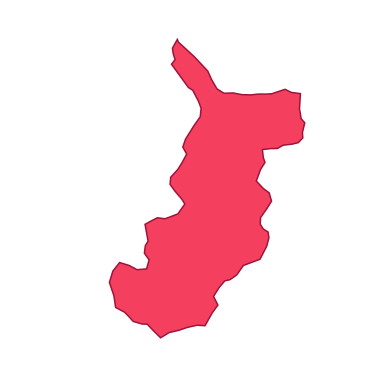 Cheongdo-gun, North Gyeongsang, South Korea (Mercator projection), rotated 302°
{"feature_id": "91817680B59018342058044", "entity_name": "Cheongdo-gun", "entity_type": "district", "adm_level": 2, "iso_a3": "KOR", "parent_name": "South Korea", "parent_adm1": "North Gyeongsang", "projection": "mercator", "projection_center": [128.808, 35.699], "detail": "fine", "context": "isolated", "style": "filled", "palette": "rose", "viewbox_px": 384, "rotation_deg": 302, "n_neighbors": 0, "source": "geoboundaries", "source_scale": "gbopen_adm2", "svg_char_len": 1384}
<svg xmlns="http://www.w3.org/2000/svg" viewBox="0 0 384 384"><g transform="rotate(302 192 192)"><path d="M313.6,98.7L303.6,99.2L299.1,103.0L295.3,107.5L289.5,106.9L278.7,133.6L278.7,138.7L272.3,149.5L267.9,155.3L260.2,159.1L249.4,158.5L241.1,158.5L233.4,158.5L225.2,160.4L221.3,167.4L211.8,168.0L203.5,168.0L193.3,166.1L186.9,169.3L183.7,177.0L180.5,187.2L178.0,192.3L165.9,191.6L155.0,183.3L151.8,176.3L145.5,172.5L139.7,169.3L127.0,180.8L121.9,180.8L114.9,184.0L111.7,191.6L102.7,194.2L97.0,186.5L96.4,177.6L93.8,168.0L83.0,166.8L71.5,169.9L62.6,180.8L53.6,188.4L54.3,198.6L52.4,206.3L52.1,207.1L51.1,210.8L53.6,219.7L56.2,224.1L54.3,231.2L51.7,242.6L60.7,247.1L67.7,254.1L74.7,259.8L81.7,266.9L85.5,273.9L100.2,273.2L109.8,273.9L114.9,265.6L125.1,265.6L134.0,266.9L137.8,270.7L145.5,273.9L156.9,274.5L171.0,285.3L185.6,284.1L193.9,281.5L198.4,277.7L198.4,272.0L200.9,266.9L206.7,263.7L217.5,264.3L226.4,264.3L232.2,257.9L232.8,250.3L235.4,240.7L247.5,238.2L255.8,238.2L258.9,234.3L265.3,229.2L270.4,235.6L274.2,241.4L280.0,244.5L285.7,251.6L290.2,256.0L296.6,257.3L301.0,254.1L310.4,251.0L312.0,245.7L315.3,242.9L319.3,239.2L332.9,231.8L329.1,223.5L328.4,216.5L317.6,207.6L314.4,203.1L310.0,196.1L305.5,190.4L301.0,182.7L297.8,174.4L292.7,166.8L292.7,158.5L297.8,148.9L302.9,141.3L308.0,122.1L311.9,101.1L313.6,98.7Z" fill="#f43f5e" stroke="#9f1239" stroke-width="1.5"/></g></svg>